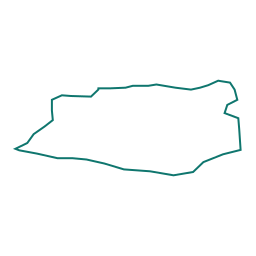 the district of Trelleborg, Skåne, Sweden
{"feature_id": "70781695B21975001691252", "entity_name": "Trelleborg", "entity_type": "district", "adm_level": 2, "iso_a3": "SWE", "parent_name": "Sweden", "parent_adm1": "Skåne", "projection": "equal_earth", "projection_center": [13.27, 55.427], "detail": "fine", "context": "isolated", "style": "outline", "palette": "teal", "viewbox_px": 256, "rotation_deg": 0, "n_neighbors": 0, "source": "geoboundaries", "source_scale": "gbopen_adm2", "svg_char_len": 617}
<svg xmlns="http://www.w3.org/2000/svg" viewBox="0 0 256 256"><path d="M15.4,148.8L19.2,150.3L37.0,153.6L57.5,158.2L72.5,158.2L86.5,159.5L104.3,163.5L123.9,169.4L150.1,171.3L173.5,175.3L193.1,172.0L203.4,162.1L223.0,154.3L240.6,149.9L239.2,129.0L238.3,118.2L224.6,113.1L227.3,104.9L237.3,99.8L234.6,89.6L230.0,82.6L220.5,81.1L218.2,80.7L208.2,85.2L200.0,87.7L191.0,89.6L175.5,87.7L156.4,84.5L148.3,85.8L132.8,85.8L125.5,87.7L111.0,88.3L98.4,88.3L98.3,89.6L91.0,96.6L71.0,96.0L61.9,95.3L51.9,99.8L51.9,110.6L52.8,120.1L44.6,126.5L33.7,134.1L27.3,143.0L15.4,148.8Z" fill="none" stroke="#0f766e" stroke-width="2"/></svg>